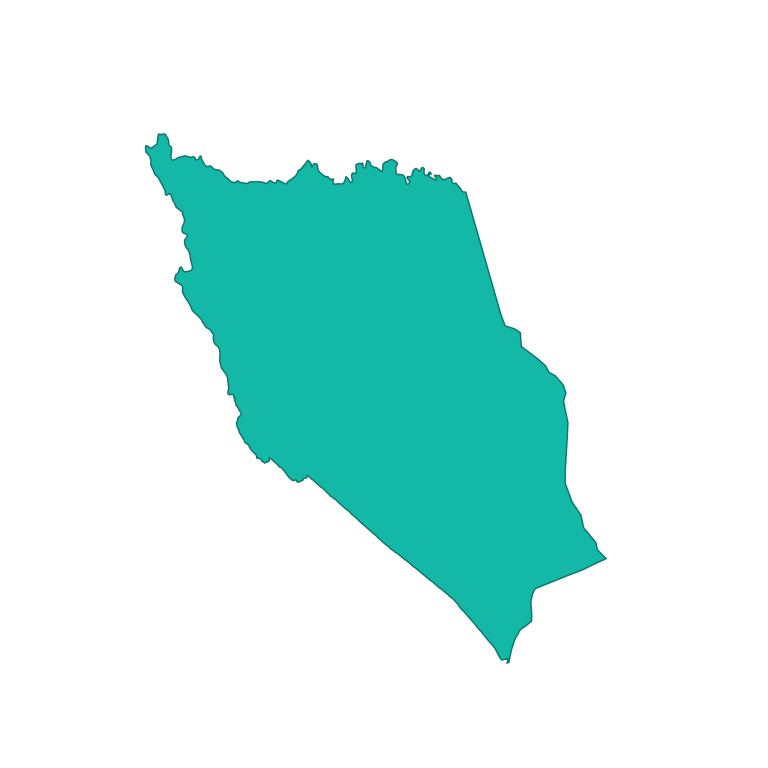 the district of Boumba-Et-Ngoko, Est, Cameroon, rotated 164°
{"feature_id": "32672807B40314964499081", "entity_name": "Boumba-Et-Ngoko", "entity_type": "district", "adm_level": 2, "iso_a3": "CMR", "parent_name": "Cameroon", "parent_adm1": "Est", "projection": "equal_earth", "projection_center": [15.54, 2.833], "detail": "fine", "context": "isolated", "style": "filled", "palette": "teal", "viewbox_px": 768, "rotation_deg": 164, "n_neighbors": 0, "source": "geoboundaries", "source_scale": "gbopen_adm2", "svg_char_len": 6149}
<svg xmlns="http://www.w3.org/2000/svg" viewBox="0 0 768 768"><g transform="rotate(164 384 384)"><path d="M218.6,154.9L224.6,165.8L224.0,173.0L231.7,190.7L230.9,203.8L235.7,218.4L237.2,238.8L233.4,251.5L221.7,284.7L217.9,296.1L216.4,315.7L216.0,318.4L211.7,325.0L212.0,333.8L217.1,344.6L222.2,349.7L223.7,356.9L228.5,364.6L241.7,382.3L238.8,395.8L243.4,401.1L251.5,406.4L252.5,417.3L252.5,545.8L253.9,546.4L255.0,546.8L256.0,548.3L256.8,550.9L257.5,552.4L259.5,557.2L261.8,557.5L262.8,558.5L263.1,559.6L262.4,561.9L263.4,564.1L264.3,564.5L268.9,563.9L270.0,563.7L270.9,564.3L272.5,566.5L273.2,569.2L275.5,569.5L277.1,570.6L277.8,570.6L277.9,569.5L276.9,567.7L277.0,566.7L277.3,565.9L278.3,565.9L283.2,570.7L283.5,571.4L283.2,572.8L281.0,572.8L280.8,573.8L281.1,574.8L282.2,575.0L284.4,572.9L286.4,572.7L287.0,573.4L287.4,575.1L287.3,576.5L286.0,579.7L286.2,580.3L287.0,581.4L287.9,581.5L290.6,578.8L291.3,578.8L293.7,582.3L294.5,582.4L297.0,581.2L298.5,579.1L298.7,578.7L299.5,576.7L301.3,576.0L304.4,576.9L304.8,576.1L304.8,575.0L303.4,571.5L303.8,570.6L305.6,569.3L306.6,569.6L307.1,570.9L307.0,576.3L307.6,578.9L308.9,580.2L309.1,580.3L313.6,581.8L314.1,583.1L314.0,584.8L313.3,587.8L312.5,589.6L310.5,591.8L310.3,592.5L310.9,593.9L313.5,596.9L315.1,597.7L316.6,597.9L318.4,597.1L321.1,597.1L323.7,596.0L324.7,594.9L325.9,590.4L327.3,588.7L331.5,593.9L334.4,595.5L336.2,597.4L336.4,601.1L337.8,603.0L338.6,603.2L339.5,602.2L342.3,596.8L343.3,597.0L344.1,597.9L344.2,598.7L343.8,600.9L344.0,602.3L345.5,602.2L346.7,602.9L350.2,602.7L351.2,600.4L351.5,597.4L352.9,594.3L354.0,594.1L355.4,595.3L356.6,595.1L357.6,593.7L358.0,592.0L358.2,587.9L358.7,587.2L360.6,586.9L362.3,592.1L362.9,593.2L363.6,593.5L365.5,590.2L367.1,588.4L368.7,588.0L370.5,588.0L372.2,589.0L375.8,589.5L377.6,590.6L377.5,591.9L376.0,594.8L379.1,595.5L380.1,596.8L380.6,598.3L381.3,599.0L383.1,599.5L385.0,601.6L387.6,605.5L388.3,608.2L388.3,609.9L387.7,612.6L388.1,613.9L389.1,614.8L390.5,614.9L391.9,614.1L393.4,612.6L393.6,614.2L393.3,615.4L394.1,617.9L395.3,619.9L396.1,619.7L397.8,618.2L403.8,614.0L404.6,613.5L407.5,612.9L410.1,609.5L412.0,608.2L415.4,606.8L420.8,605.0L422.3,603.5L423.6,603.4L429.6,609.0L430.5,609.2L432.0,607.3L433.4,607.2L434.6,608.0L437.1,610.7L438.1,610.8L440.6,609.3L442.4,609.3L445.3,611.6L448.7,612.9L454.0,614.4L457.2,615.2L460.3,614.3L467.1,617.6L468.2,619.4L469.1,619.6L470.9,618.6L472.3,618.7L475.1,620.6L476.1,621.8L477.1,624.0L479.5,627.2L480.2,628.8L480.8,631.6L483.2,634.9L487.3,636.8L488.4,637.7L490.1,640.7L491.0,641.5L494.8,642.0L495.7,643.3L497.6,651.4L497.1,653.5L498.2,653.6L500.4,651.0L502.8,651.1L503.2,651.6L503.4,653.5L503.9,654.6L504.7,655.0L507.4,655.1L512.1,658.1L519.1,658.4L523.5,657.3L524.9,657.2L526.0,658.0L526.5,659.9L526.2,661.4L523.8,667.0L523.3,669.2L523.3,670.7L524.6,672.1L524.9,673.4L524.1,677.1L524.1,679.2L525.3,684.0L525.9,684.9L528.7,685.1L529.5,685.1L530.8,686.1L532.1,686.0L534.7,680.5L535.7,677.7L537.7,676.5L538.6,676.2L539.5,676.0L541.5,675.2L542.6,675.0L543.7,675.2L545.5,677.7L547.3,678.6L548.1,676.8L548.6,673.9L548.9,672.8L547.4,669.6L546.4,667.6L546.3,665.3L546.4,662.7L547.1,661.0L547.8,658.1L546.8,653.0L546.5,648.8L545.0,646.1L544.0,644.4L543.5,641.9L541.8,634.3L541.3,631.2L541.2,629.5L541.6,627.2L541.6,626.1L541.4,625.6L540.7,625.4L538.4,626.2L537.1,625.3L536.7,624.5L536.4,619.2L536.2,617.6L535.5,615.6L535.2,612.7L535.0,611.0L533.2,608.9L531.4,606.3L530.4,604.9L530.4,604.1L530.9,602.3L530.4,599.5L530.4,596.8L531.7,594.0L534.6,590.7L535.9,587.0L535.8,585.3L534.6,583.8L533.0,582.9L532.3,581.6L532.3,580.5L533.3,579.3L535.5,577.8L536.4,576.2L536.6,575.7L536.8,574.3L536.9,571.7L536.4,569.0L535.7,568.2L535.1,566.2L535.0,561.2L535.5,557.5L535.8,550.4L536.2,547.9L538.0,546.4L539.0,546.3L541.4,546.2L543.1,546.5L544.9,546.9L545.5,547.9L546.5,551.8L546.7,552.3L547.8,552.3L549.0,551.1L550.2,548.6L550.9,548.1L551.6,547.3L554.1,546.3L555.6,543.8L556.3,541.8L556.3,540.7L556.0,539.9L551.1,534.3L550.9,532.1L552.1,529.2L552.3,527.1L551.2,522.2L550.2,519.1L549.7,517.5L548.4,512.3L548.0,507.7L547.2,505.9L544.7,502.0L541.8,496.5L541.4,494.0L541.1,492.6L540.4,490.8L539.4,487.5L536.5,484.5L535.7,483.4L535.6,481.9L534.9,480.4L534.1,478.1L535.0,476.6L535.6,474.6L535.9,471.4L535.7,469.7L535.0,468.2L533.7,466.4L532.8,464.6L532.6,462.3L533.4,457.7L534.9,453.6L535.4,451.4L535.7,449.3L535.9,444.3L533.1,436.8L532.6,433.4L533.6,427.8L534.0,424.3L534.7,422.1L535.8,420.2L536.8,417.9L535.5,416.1L533.0,416.0L531.6,415.1L531.3,414.0L532.2,412.9L532.1,412.1L531.1,411.4L531.3,410.7L532.2,409.9L531.7,406.4L532.1,404.7L531.9,403.8L531.2,403.0L531.0,401.9L530.7,400.4L530.4,398.7L529.6,396.4L529.5,394.7L529.9,393.8L533.7,391.8L534.8,389.2L536.0,388.0L536.7,386.9L536.9,383.5L536.3,379.1L536.4,377.2L534.0,368.8L533.7,365.9L531.0,362.7L530.7,360.3L529.8,357.3L528.1,353.7L526.7,351.7L526.4,350.7L526.6,347.7L525.8,347.8L524.4,346.6L523.1,345.9L522.7,345.1L522.7,343.4L521.3,342.3L520.7,341.0L518.9,341.1L518.2,341.5L517.1,341.1L516.4,341.2L515.4,342.0L514.8,344.2L514.3,344.6L513.9,344.3L512.2,341.5L508.7,336.0L507.3,332.9L505.8,332.1L503.4,326.7L501.5,321.4L500.5,319.4L498.5,316.5L497.9,316.2L495.3,316.2L494.9,315.7L494.5,313.9L493.4,313.3L489.4,313.7L488.4,314.1L487.1,315.5L484.1,315.1L482.8,317.2L481.4,315.6L480.7,313.9L478.8,311.4L478.1,310.6L477.7,309.6L472.5,301.5L471.8,301.1L467.3,292.9L465.8,290.3L464.8,289.5L463.5,287.3L462.8,287.1L460.8,283.3L454.4,273.2L453.8,272.8L452.7,271.3L451.1,267.9L446.9,261.7L444.7,257.6L433.0,239.6L431.8,237.3L426.1,228.4L424.6,226.7L423.5,224.5L418.9,218.3L418.2,218.0L412.7,209.9L409.5,205.9L406.0,200.2L404.8,199.0L403.6,197.2L393.7,182.7L391.5,179.9L387.1,172.9L386.5,172.5L379.9,163.0L379.7,162.1L376.9,158.5L373.7,152.1L372.6,148.5L372.0,146.8L369.8,143.0L361.9,126.1L361.7,124.9L359.9,121.2L358.4,118.4L358.2,117.1L357.6,116.3L355.3,110.6L350.1,99.3L348.3,89.7L347.0,86.3L342.1,85.9L342.1,86.1L340.8,86.0L341.5,83.5L342.6,82.1L340.8,81.9L334.8,93.4L328.8,102.2L320.6,110.4L313.6,112.7L307.7,115.3L306.0,119.9L302.9,134.2L298.7,141.9L294.9,145.7L260.9,149.2L244.0,150.7L230.9,153.1L218.6,154.9Z" fill="#14b8a6" stroke="#0f766e" stroke-width="1.5"/></g></svg>